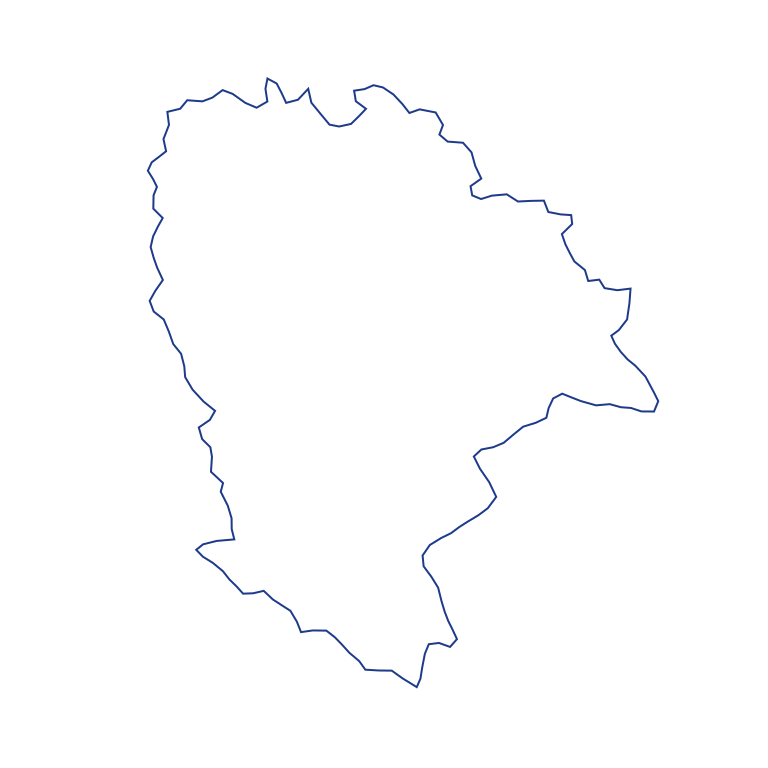 outline of Chalé, Minas Gerais, Brazil, rotated 101°
{"feature_id": "56859067B57408649157877", "entity_name": "Chalé", "entity_type": "district", "adm_level": 2, "iso_a3": "BRA", "parent_name": "Brazil", "parent_adm1": "Minas Gerais", "projection": "robinson", "projection_center": [-41.659, -20.023], "detail": "fine", "context": "isolated", "style": "outline", "palette": "blue", "viewbox_px": 768, "rotation_deg": 101, "n_neighbors": 0, "source": "geoboundaries", "source_scale": "gbopen_adm2", "svg_char_len": 2406}
<svg xmlns="http://www.w3.org/2000/svg" viewBox="0 0 768 768"><g transform="rotate(101 384 384)"><path d="M386.2,218.2L376.3,217.8L365.9,215.2L359.5,207.2L361.3,197.9L363.2,187.5L364.5,171.8L360.7,158.5L361.6,147.1L360.4,137.1L361.8,126.1L359.5,113.7L348.5,111.5L340.8,117.4L326.8,128.8L318.1,140.8L313.5,149.4L307.3,157.7L300.4,165.0L293.2,170.1L286.3,163.8L274.3,157.7L257.8,158.5L243.3,160.2L247.4,172.8L247.8,185.8L240.5,192.6L243.9,203.2L233.8,208.5L227.4,220.5L220.5,226.2L212.4,232.5L202.9,238.0L191.0,229.8L182.5,232.5L183.8,242.9L183.8,255.5L173.5,262.0L176.2,274.7L179.3,287.3L174.4,299.7L178.5,314.0L183.9,324.0L182.0,333.4L173.3,336.8L163.8,327.7L152.6,336.0L139.9,342.3L132.1,352.5L133.9,367.8L128.6,377.2L118.5,375.5L107.6,385.1L107.6,401.4L113.1,410.8L105.5,419.6L98.0,430.0L93.1,441.6L92.7,451.3L98.2,459.3L101.8,469.3L111.8,465.6L117.3,454.2L125.3,459.3L135.0,466.0L139.8,477.2L139.8,487.0L131.3,497.4L121.7,509.0L108.7,514.7L121.4,522.7L126.7,533.7L118.2,539.8L109.5,546.7L106.4,556.7L116.8,556.7L129.0,552.4L137.1,561.8L134.5,573.8L128.1,587.9L126.3,598.5L135.7,607.2L141.2,616.2L143.0,631.3L152.7,636.6L158.2,648.6L170.7,644.5L185.7,647.2L197.1,642.3L203.9,648.2L210.7,654.3L219.7,656.5L226.9,649.8L233.8,644.5L242.8,646.2L255.9,643.9L263.3,632.9L272.7,636.0L283.1,638.8L294.1,639.2L304.2,634.1L313.2,628.8L324.1,620.9L336.0,626.2L347.1,629.9L356.8,623.9L362.7,612.5L373.6,605.2L385.0,598.5L393.1,588.9L404.8,583.4L415.2,580.5L426.1,570.8L435.7,557.7L442.6,544.7L452.5,548.1L462.0,557.5L472.8,552.0L479.2,542.4L488.2,539.0L503.2,537.1L511.9,523.1L520.9,523.7L533.3,514.1L544.9,508.0L555.5,505.8L565.1,501.3L570.0,518.4L575.9,531.0L582.6,536.7L588.1,528.8L592.3,517.8L598.5,506.4L605.4,498.4L610.7,490.3L616.7,482.3L614.4,472.5L610.0,462.6L616.7,452.0L621.1,441.2L624.5,432.6L633.9,424.2L643.4,418.1L639.5,406.9L637.1,393.5L642.0,383.9L647.7,375.7L654.4,366.8L660.8,355.4L668.0,347.8L666.2,334.4L663.9,321.7L669.4,309.7L675.3,294.0L666.3,292.0L654.8,292.4L641.1,292.4L630.9,290.4L627.7,280.6L629.5,269.0L620.5,263.7L611.8,270.0L604.4,275.7L595.9,281.0L585.8,286.3L573.6,292.0L564.1,300.8L555.4,310.3L545.0,313.4L533.3,308.3L524.1,298.3L517.7,289.8L509.8,282.6L502.9,275.3L494.8,266.3L486.1,258.4L473.4,252.3L460.3,262.0L448.8,273.7L438.0,282.0L429.7,275.9L425.3,264.9L418.9,255.3L408.1,246.6L399.3,239.2L393.1,227.6L386.2,218.2Z" fill="none" stroke="#1e3a8a" stroke-width="2"/></g></svg>